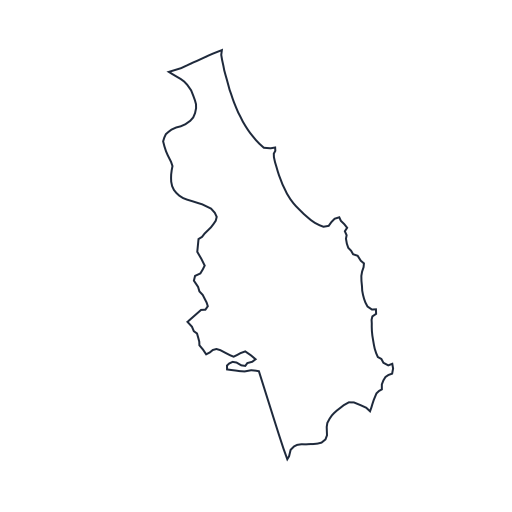 Laguna, Brazil (Natural Earth projection), rotated 313°
{"feature_id": "56859067B95150069695364", "entity_name": "Laguna", "entity_type": "district", "adm_level": 2, "iso_a3": "BRA", "parent_name": "Brazil", "parent_adm1": "", "projection": "natural_earth1", "projection_center": [-48.822, -28.47], "detail": "fine", "context": "isolated", "style": "outline", "palette": "slate", "viewbox_px": 512, "rotation_deg": 313, "n_neighbors": 0, "source": "geoboundaries", "source_scale": "gbopen_adm2", "svg_char_len": 3054}
<svg xmlns="http://www.w3.org/2000/svg" viewBox="0 0 512 512"><g transform="rotate(313 256 256)"><path d="M153.3,312.2L155.7,315.6L158.4,319.3L160.6,322.5L163.8,326.4L169.2,330.4L171.8,333.8L173.7,336.7L149.9,378.7L141.4,393.8L133.9,407.4L128.7,417.5L132.0,416.8L137.9,413.5L142.7,413.7L145.9,414.9L149.3,417.6L152.3,421.0L154.8,423.3L157.5,426.1L160.7,428.9L164.2,431.2L169.2,431.9L173.3,430.2L176.2,427.3L179.2,424.3L182.6,422.0L187.2,420.8L191.2,420.2L194.3,420.2L197.9,420.5L202.2,421.2L206.7,421.9L212.3,423.7L215.7,427.5L218.3,434.4L220.2,440.1L220.2,445.3L223.9,443.7L227.1,442.1L231.0,440.3L234.7,438.9L237.7,437.8L241.2,438.0L244.3,439.0L247.9,435.6L251.9,434.0L255.8,433.2L259.3,434.0L262.8,435.8L267.2,433.0L270.1,429.2L266.2,427.3L264.8,422.0L266.2,417.9L265.2,414.0L266.9,410.1L269.2,406.0L271.3,403.0L273.8,399.7L277.2,395.3L280.2,391.9L283.2,388.9L285.7,386.6L288.2,384.0L291.2,382.3L295.6,383.3L298.8,380.1L295.9,377.3L295.1,372.0L296.6,367.7L298.4,364.2L300.6,360.7L303.1,357.3L306.0,354.3L309.7,350.1L313.3,346.6L317.0,344.2L321.2,342.3L324.2,340.0L324.0,335.9L325.5,330.2L323.5,325.8L324.7,322.0L324.9,317.9L327.0,314.0L330.0,310.0L333.0,308.1L334.7,304.1L338.8,303.4L339.5,298.8L339.6,294.1L341.1,290.5L336.9,288.1L332.2,288.0L327.6,288.6L323.4,285.4L321.8,281.4L320.4,276.5L319.7,271.8L319.5,267.8L319.3,262.5L319.5,256.4L319.7,251.1L320.1,247.3L321.0,242.3L322.7,236.1L324.5,231.5L326.4,226.6L329.1,221.1L330.7,217.8L332.7,214.2L335.1,210.2L337.6,205.9L340.5,201.7L343.0,199.2L346.1,198.4L348.4,196.0L344.7,193.2L340.5,187.9L340.4,182.1L340.7,176.9L341.3,172.4L342.0,167.6L342.8,163.8L343.9,159.5L345.3,154.7L347.3,149.4L348.8,145.1L350.9,140.4L353.5,134.8L355.2,131.5L357.5,127.3L359.5,123.4L362.0,119.4L365.1,114.4L367.8,109.9L370.1,106.2L372.8,102.5L376.4,97.3L379.4,93.4L383.3,90.6L374.7,86.5L370.6,84.7L362.2,81.3L358.5,79.8L355.0,78.2L342.3,73.1L331.2,66.7L331.9,70.3L332.9,74.9L334.1,80.2L334.6,84.5L334.3,89.0L332.9,95.6L330.5,100.7L328.2,105.2L326.1,108.6L323.2,111.4L318.9,114.0L314.5,115.6L310.0,115.7L304.2,114.5L299.5,112.5L295.6,110.0L290.8,108.0L286.8,107.3L283.6,107.0L280.0,108.2L276.5,109.9L273.7,114.3L271.2,118.8L269.5,122.7L266.9,129.7L264.8,133.6L261.3,135.8L257.7,138.4L255.1,140.7L252.5,143.3L249.9,147.0L248.3,151.0L247.8,154.7L247.8,158.7L248.6,163.1L250.2,167.1L252.8,172.4L255.3,177.7L257.1,181.4L260.0,190.8L259.5,196.4L257.8,200.6L254.3,202.5L250.4,203.1L246.2,203.5L237.3,203.1L233.2,203.5L229.2,202.4L219.0,210.2L216.6,218.1L214.0,225.0L210.0,226.2L205.3,227.2L199.9,225.0L195.6,227.4L193.9,234.7L191.5,238.8L191.2,243.6L189.7,247.7L188.3,251.6L186.4,255.0L182.2,255.6L179.1,252.6L161.1,250.8L160.6,257.4L158.6,261.8L159.1,265.7L156.7,269.7L154.6,273.0L152.1,275.5L151.4,281.1L150.1,286.6L154.0,288.0L157.8,288.5L161.0,290.5L162.8,294.1L164.4,300.0L165.8,304.9L167.1,308.3L170.7,309.7L174.4,310.9L178.9,313.2L179.9,320.1L180.2,326.1L176.1,325.4L171.8,322.7L168.3,323.1L166.0,319.8L164.8,314.4L162.6,311.1L159.1,309.7L156.1,309.5L153.3,312.2Z" fill="none" stroke="#1e293b" stroke-width="2"/></g></svg>